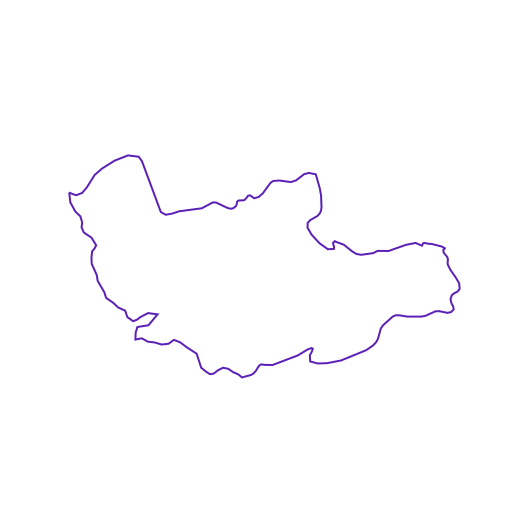 Kakheti, Equal Earth projection, rotated 318°
{"feature_id": "GEO-3033", "entity_name": "Kakheti", "entity_type": "Region", "adm_level": 1, "iso_a3": "GEO", "parent_name": "Georgia", "parent_adm1": "", "projection": "equal_earth", "projection_center": [45.882, 41.802], "detail": "fine", "context": "isolated", "style": "outline", "palette": "violet", "viewbox_px": 512, "rotation_deg": 318, "n_neighbors": 0, "source": "natural_earth", "source_scale": "10m", "svg_char_len": 2434}
<svg xmlns="http://www.w3.org/2000/svg" viewBox="0 0 512 512"><g transform="rotate(318 256 256)"><path d="M159.6,83.8L161.5,87.9L163.2,90.6L169.0,92.8L176.3,91.8L190.3,87.8L200.2,88.0L214.7,90.5L228.2,95.6L235.3,103.8L235.2,104.0L234.7,109.2L214.7,159.6L216.5,164.9L221.7,168.2L228.7,171.3L247.7,184.3L259.8,187.3L262.1,189.6L267.1,201.5L268.9,204.0L271.2,205.3L274.5,205.5L275.7,205.0L278.0,203.2L279.5,202.9L280.6,203.4L283.5,205.9L285.0,206.7L288.1,206.4L290.5,205.9L292.2,207.0L293.3,211.9L297.5,213.9L302.9,214.0L313.0,211.9L314.6,211.5L316.1,211.4L317.5,211.5L319.2,211.9L323.8,215.5L331.4,224.4L336.3,226.6L346.6,227.4L350.9,229.7L355.1,235.3L348.5,248.7L344.8,254.6L337.4,263.5L334.8,265.7L332.1,267.0L328.5,267.4L320.3,265.6L316.5,266.0L313.2,269.5L311.6,277.3L311.7,288.8L313.9,299.0L318.6,302.9L320.1,301.6L321.0,299.5L322.1,297.8L324.5,297.7L324.9,299.0L328.8,306.3L329.1,307.9L330.5,316.8L332.0,321.7L335.0,325.5L344.1,331.7L346.2,332.7L349.7,333.5L357.9,341.0L374.8,348.0L383.4,353.1L386.2,359.4L388.9,358.4L390.1,359.2L390.3,359.3L391.5,361.3L394.9,365.0L400.4,373.3L401.5,376.6L400.9,376.9L399.5,376.7L398.0,378.4L397.6,380.2L397.5,384.2L397.1,385.7L396.1,387.2L393.8,389.3L392.8,390.7L391.1,396.9L390.2,404.7L388.8,412.0L387.8,413.4L385.4,416.7L382.0,417.3L378.7,416.4L375.3,416.1L371.6,418.3L369.6,422.0L368.7,425.6L367.1,428.0L363.3,428.2L360.2,426.3L355.3,419.7L352.4,417.2L342.0,413.9L338.4,411.7L328.1,402.5L323.0,396.2L320.3,393.6L317.1,392.5L304.0,392.5L300.2,393.4L295.7,396.3L291.1,399.2L287.7,400.4L283.5,400.8L275.1,399.8L249.2,390.5L240.4,385.2L237.1,383.2L229.9,377.1L225.7,370.6L229.6,365.8L233.6,364.4L236.1,363.0L235.8,361.6L231.8,360.0L220.4,357.8L195.4,348.1L189.8,342.9L187.3,340.0L184.7,339.6L178.9,341.3L175.4,341.6L172.7,341.1L164.3,336.8L163.8,332.9L162.7,329.9L161.3,327.2L160.0,321.5L156.8,317.0L151.4,315.5L145.8,315.1L142.7,313.0L141.5,308.6L140.5,302.4L146.5,288.9L143.3,276.8L141.9,269.5L138.9,263.4L132.3,262.7L126.6,258.6L122.8,252.4L118.3,247.3L116.0,240.7L110.5,237.4L115.2,232.5L120.3,229.4L129.8,235.5L143.8,233.5L137.6,226.2L129.1,224.0L125.0,223.7L121.1,222.3L119.5,215.3L122.2,209.1L119.1,201.9L118.6,195.5L116.6,186.8L119.0,181.5L121.7,168.6L125.0,163.4L128.6,152.0L132.8,146.9L137.4,142.9L141.0,142.4L144.4,141.1L146.0,132.4L143.8,123.3L145.5,118.1L149.3,114.7L152.0,109.0L151.5,102.1L153.9,91.9L159.6,83.9L159.6,83.8Z" fill="none" stroke="#5b21b6" stroke-width="2"/></g></svg>